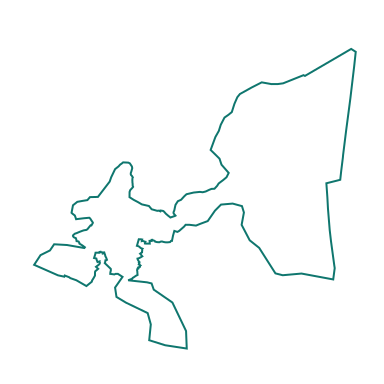 the district of Ijebu Ode, Ogun, Nigeria, rotated 275°
{"feature_id": "59680162B95372959647234", "entity_name": "Ijebu Ode", "entity_type": "district", "adm_level": 2, "iso_a3": "NGA", "parent_name": "Nigeria", "parent_adm1": "Ogun", "projection": "natural_earth1", "projection_center": [3.928, 6.783], "detail": "fine", "context": "isolated", "style": "outline", "palette": "teal", "viewbox_px": 384, "rotation_deg": 275, "n_neighbors": 0, "source": "geoboundaries", "source_scale": "gbopen_adm2", "svg_char_len": 5926}
<svg xmlns="http://www.w3.org/2000/svg" viewBox="0 0 384 384"><g transform="rotate(275 192 192)"><path d="M211.1,116.6L208.1,113.4L199.6,110.2L195.2,109.1L178.9,98.7L178.0,90.8L174.8,88.5L173.6,83.7L172.2,78.6L168.4,74.6L160.8,73.8L159.9,74.9L158.4,77.3L156.5,78.2L154.8,78.9L156.4,86.4L157.4,91.9L156.7,92.9L155.0,94.2L152.9,95.9L152.5,95.9L149.9,94.7L150.0,93.9L147.2,92.0L145.7,91.0L145.0,90.0L144.4,87.6L143.9,86.4L142.5,83.5L140.9,80.5L140.3,79.0L139.2,77.9L138.8,77.5L138.3,77.3L137.9,77.2L137.4,77.5L136.7,78.1L136.2,79.2L136.0,80.2L134.8,80.8L133.8,81.1L133.0,81.3L132.8,83.3L131.6,84.2L130.8,84.3L129.2,87.5L127.6,90.1L127.1,89.8L126.8,89.6L128.3,72.1L127.9,59.2L121.4,55.6L115.9,46.6L105.7,41.1L97.3,65.8L96.5,72.2L97.7,72.5L97.1,74.6L96.4,77.0L95.6,78.3L94.0,84.5L89.1,95.0L93.9,100.0L95.2,100.2L97.5,101.4L100.2,102.6L100.9,102.6L101.7,102.5L102.2,102.5L102.8,102.4L103.5,102.4L104.1,102.4L104.7,102.6L105.0,103.0L105.5,103.4L106.1,104.1L107.2,105.1L107.3,105.2L107.9,104.4L109.1,102.9L110.1,104.0L110.8,104.8L111.8,105.8L112.4,106.2L112.7,106.2L112.9,106.3L113.3,106.4L113.6,106.3L113.9,106.3L114.1,106.1L114.6,105.9L114.8,105.9L114.0,104.0L115.5,103.2L116.3,102.9L117.4,102.5L117.7,100.2L120.0,100.7L122.0,101.1L123.1,101.2L123.2,101.8L123.3,103.0L123.3,104.0L123.4,104.9L124.2,105.0L124.5,106.1L124.0,106.3L124.1,107.2L123.9,107.3L124.1,109.3L123.1,109.0L123.5,110.1L123.0,110.3L122.4,110.6L121.8,110.9L121.1,111.1L120.8,111.2L120.3,111.4L120.0,111.6L119.4,112.0L119.1,112.2L118.3,112.6L117.8,112.8L117.0,113.2L116.8,113.0L116.5,112.3L116.4,111.7L116.0,111.7L115.5,111.7L115.2,111.6L114.9,111.6L114.5,111.6L114.0,111.5L113.6,111.3L112.6,112.5L111.5,113.9L110.1,115.6L109.0,117.0L108.3,117.8L106.8,118.0L105.6,117.8L105.0,117.7L103.6,117.7L103.3,117.7L103.2,120.4L103.1,121.8L103.8,123.0L103.9,124.6L104.0,125.3L101.4,130.2L90.1,123.7L80.9,125.9L76.0,135.9L72.2,146.0L67.5,158.4L56.5,162.5L40.6,162.3L37.0,178.6L35.6,200.4L53.0,198.2L80.2,182.1L91.4,162.4L97.4,159.7L98.1,155.1L98.5,136.1L100.4,140.0L101.3,140.4L101.7,141.1L103.7,143.5L104.6,145.0L105.7,144.8L106.9,144.6L107.8,144.5L108.6,144.3L109.4,144.1L110.1,144.2L111.0,144.4L111.8,144.8L111.6,145.1L111.4,145.4L111.7,145.5L112.2,145.7L112.4,145.8L112.5,145.9L113.0,146.0L113.1,146.4L113.1,146.7L113.5,146.7L114.0,146.7L114.3,147.0L114.5,146.6L114.7,146.3L115.2,146.2L115.2,145.8L115.3,145.3L115.7,145.4L116.2,145.5L116.6,145.5L117.1,145.2L117.4,145.5L117.6,145.7L117.8,145.4L119.7,144.0L120.2,143.7L120.9,143.5L121.1,144.1L121.3,144.7L122.1,146.0L122.6,146.8L123.0,147.3L123.6,148.1L124.6,147.1L125.2,146.6L125.8,146.0L126.0,145.7L126.1,145.8L126.4,146.1L126.5,146.2L126.5,146.3L126.9,146.7L127.2,147.1L127.5,147.5L127.9,147.5L128.6,147.4L128.9,147.5L129.1,147.5L129.4,147.5L129.5,147.5L129.9,147.4L130.0,147.4L130.3,147.4L130.6,147.4L130.9,147.4L131.2,147.6L131.5,146.4L131.8,145.7L132.1,145.2L132.8,144.4L133.1,143.8L133.4,143.0L133.6,141.8L134.5,142.0L135.4,142.2L136.0,142.3L136.7,142.4L137.5,142.6L138.2,142.7L139.0,142.9L139.7,143.0L139.8,143.0L140.0,143.0L140.3,143.1L140.3,143.5L140.3,143.9L140.3,144.0L140.4,144.4L140.4,144.6L140.4,145.1L140.4,145.5L140.4,146.0L140.3,146.4L140.3,146.5L139.2,146.3L138.8,146.3L138.9,146.5L138.9,146.8L138.9,147.2L138.9,147.5L138.8,147.9L138.7,148.2L138.6,148.7L138.5,149.2L138.3,149.5L138.3,149.9L137.4,149.7L136.8,149.6L136.6,149.6L136.6,150.3L136.6,151.1L136.7,151.8L136.8,153.1L136.9,153.8L136.9,154.4L138.6,154.2L139.6,154.0L139.7,154.7L139.7,155.3L139.7,155.9L139.7,156.0L140.0,156.0L140.4,155.9L140.8,155.9L140.9,156.6L140.5,156.7L140.4,156.7L140.4,157.2L140.4,157.7L140.3,158.1L140.2,158.5L140.1,158.9L139.9,159.2L139.8,159.3L139.5,159.6L139.3,159.7L139.3,160.0L139.2,160.5L139.1,161.1L139.0,161.7L139.1,163.0L139.2,164.1L139.8,165.0L140.1,166.4L139.8,167.8L139.6,169.4L139.6,170.5L139.7,172.0L140.0,173.5L140.2,174.5L140.7,174.9L141.4,175.3L141.6,175.6L141.6,176.3L144.2,176.6L146.9,176.9L149.0,177.3L150.8,177.6L151.7,177.8L151.3,179.4L151.0,181.0L152.2,182.7L156.8,187.1L158.8,188.5L159.1,192.3L158.9,198.9L161.0,203.0L164.4,210.2L175.4,216.5L182.0,222.0L184.0,233.5L182.3,243.0L176.1,245.5L163.6,244.3L148.9,253.7L142.2,263.8L118.2,282.2L117.0,289.6L120.3,308.2L117.2,340.3L128.6,340.8L131.0,340.2L154.9,334.8L166.1,332.5L187.3,328.9L198.6,327.3L212.4,325.1L216.2,336.1L217.1,338.6L225.8,338.8L231.4,339.0L239.6,339.3L242.1,339.3L266.9,340.2L289.5,341.2L299.0,341.6L318.5,342.2L331.1,342.6L345.9,342.9L348.4,338.1L317.5,294.4L318.1,292.9L308.2,273.3L307.0,268.0L306.4,261.6L306.5,260.9L307.3,251.9L301.3,242.3L293.8,231.2L290.4,228.9L283.6,226.6L275.1,224.7L272.0,221.5L269.0,217.9L261.5,214.8L255.2,213.4L248.8,210.5L235.5,206.9L230.6,212.9L227.6,216.5L221.8,219.0L214.2,226.9L209.7,225.1L208.2,223.6L206.5,221.9L204.9,220.1L202.8,217.8L200.3,216.5L197.2,214.1L196.8,211.2L195.7,209.0L193.7,205.6L192.7,202.7L192.8,199.9L191.6,193.7L189.3,186.7L187.1,184.7L183.3,181.8L181.6,178.7L177.8,176.7L175.0,176.3L173.1,176.1L171.8,175.9L171.1,175.6L170.3,175.4L169.5,175.4L168.8,175.8L167.0,177.6L166.8,177.3L166.5,176.9L166.4,176.6L166.3,176.2L166.0,175.6L165.6,174.7L164.7,172.7L165.4,171.8L165.9,170.9L166.4,170.2L167.2,169.1L167.9,168.1L168.6,167.3L169.5,166.4L170.2,165.6L170.5,165.2L170.6,164.7L170.7,164.2L170.7,163.6L170.8,162.9L170.8,162.2L170.0,162.1L170.2,161.5L170.2,161.4L170.2,161.2L170.3,161.0L170.4,160.8L170.5,160.6L170.5,160.2L170.4,159.6L170.2,159.1L171.3,153.3L174.3,150.3L175.3,143.1L177.2,139.1L179.1,134.6L181.4,130.2L186.6,129.8L188.5,130.3L189.4,131.0L190.4,131.8L191.1,132.3L192.0,132.9L192.5,132.7L192.9,132.4L193.4,132.3L194.3,132.2L195.2,132.1L196.0,131.9L196.4,131.8L197.4,131.7L198.2,131.6L198.7,131.5L199.3,131.5L199.9,131.5L200.7,131.5L201.4,131.6L201.5,131.7L202.7,130.8L203.6,129.8L204.5,129.4L205.7,129.4L207.2,129.8L210.6,130.4L212.2,129.9L215.1,127.6L215.7,126.0L215.5,120.8L214.2,119.5L213.0,118.0L211.1,116.6Z" fill="none" stroke="#0f766e" stroke-width="2"/></g></svg>